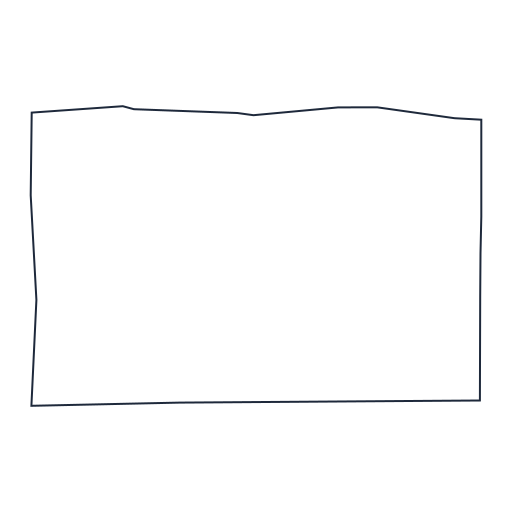 outline of Orleans, New York, United States of America
{"feature_id": "52423323B61064757463824", "entity_name": "Orleans", "entity_type": "district", "adm_level": 2, "iso_a3": "USA", "parent_name": "United States of America", "parent_adm1": "New York", "projection": "natural_earth1", "projection_center": [-78.228, 43.253], "detail": "fine", "context": "isolated", "style": "outline", "palette": "slate", "viewbox_px": 512, "rotation_deg": 0, "n_neighbors": 0, "source": "geoboundaries", "source_scale": "gbopen_adm2", "svg_char_len": 338}
<svg xmlns="http://www.w3.org/2000/svg" viewBox="0 0 512 512"><path d="M31.7,112.6L30.7,195.3L36.4,299.9L31.4,405.8L179.9,402.6L479.9,400.5L480.2,295.9L480.5,253.3L481.3,216.8L481.3,119.7L454.5,118.2L377.1,107.3L338.1,107.4L253.5,115.2L237.3,113.0L133.9,109.2L122.8,106.2L31.7,112.6Z" fill="none" stroke="#1e293b" stroke-width="2"/></svg>